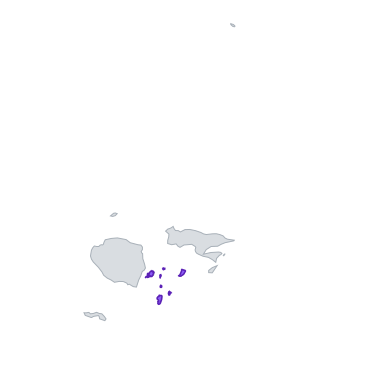 Lomaiviti, Eastern, Fiji shown in context, rotated 34°
{"feature_id": "14151628B20319301670654", "entity_name": "Lomaiviti", "entity_type": "district", "adm_level": 2, "iso_a3": "FJI", "parent_name": "Fiji", "parent_adm1": "Eastern", "projection": "natural_earth1", "projection_center": [179.092, -17.678], "detail": "fine", "context": "in_parent", "style": "filled", "palette": "violet", "viewbox_px": 384, "rotation_deg": 34, "n_neighbors": 0, "source": "geoboundaries", "source_scale": "gbopen_adm2", "svg_char_len": 6734}
<svg xmlns="http://www.w3.org/2000/svg" viewBox="0 0 384 384"><g transform="rotate(34 192 192)"><path d="M183.1,267.5L183.1,269.7L184.3,270.6L185.5,270.7L188.5,274.8L193.1,278.4L195.9,281.1L196.1,283.4L195.2,285.8L196.4,290.2L197.0,294.7L199.1,301.9L196.2,303.3L191.6,303.5L190.6,304.8L189.0,304.0L185.2,304.6L181.6,306.9L178.2,310.2L174.2,310.2L169.8,310.8L165.3,310.4L162.2,308.7L156.6,306.8L149.2,305.2L146.2,303.9L143.6,301.8L141.2,296.5L140.9,293.9L141.2,291.4L143.4,290.5L145.2,289.3L145.5,287.6L146.2,286.5L147.3,286.0L147.8,285.2L147.1,282.6L146.8,280.1L151.1,275.6L155.8,271.8L164.0,268.3L169.1,268.6L176.8,265.9L179.3,264.6L181.7,265.4L183.1,267.5ZM254.0,209.1L247.8,215.5L245.5,218.9L243.6,222.6L238.3,226.5L236.0,231.8L236.2,237.2L241.5,231.6L247.5,227.0L249.3,226.1L251.1,226.1L251.0,227.7L250.1,229.2L249.5,233.3L251.0,237.0L246.6,236.7L242.2,237.0L237.0,239.1L231.9,240.0L230.0,240.1L228.2,239.4L227.0,238.3L226.1,235.8L225.1,235.4L221.1,235.5L215.0,240.4L213.0,244.6L210.7,244.8L207.9,243.9L204.6,247.1L200.6,248.3L198.9,245.6L197.8,242.2L196.4,239.8L192.0,239.2L192.7,236.2L193.8,234.9L194.9,233.1L195.6,231.1L197.6,232.4L199.8,233.2L202.2,231.7L204.7,231.6L207.2,227.1L211.1,224.3L216.5,222.1L222.0,220.6L224.9,220.3L227.6,219.3L232.4,215.2L235.5,213.0L239.0,211.7L242.3,211.0L245.3,211.7L247.8,211.3L254.0,208.3L254.0,209.1ZM191.7,345.3L191.7,347.4L186.4,348.8L184.6,347.1L183.5,346.8L180.3,349.8L179.4,351.1L179.1,352.0L178.3,352.5L172.5,354.0L170.0,352.5L171.7,351.5L173.8,349.5L175.9,349.8L178.1,347.9L180.2,345.1L183.2,344.5L185.4,343.4L188.9,344.2L191.7,345.3ZM254.0,247.7L250.9,249.5L249.7,247.7L251.1,243.4L254.0,239.0L254.0,242.6L254.0,247.7ZM227.1,303.0L226.8,303.4L223.2,299.5L223.3,298.0L223.9,296.6L225.4,295.3L226.7,297.5L227.7,301.2L227.1,303.0ZM205.6,284.8L203.5,285.7L202.3,282.7L204.0,279.8L205.8,279.5L206.7,282.5L205.6,284.8ZM230.2,267.3L228.8,268.6L228.1,261.9L229.5,261.9L230.6,262.6L231.2,264.3L230.2,267.3ZM139.9,256.6L137.8,257.4L138.9,253.5L140.1,252.3L140.9,252.1L142.1,251.8L141.6,254.5L139.9,256.6ZM134.7,31.4L133.1,31.9L130.5,31.5L130.0,30.7L130.8,30.6L132.5,30.0L134.6,30.3L135.0,30.8L134.7,31.4ZM254.0,227.1L253.5,227.2L253.4,226.3L254.0,224.6L254.0,227.1Z" fill="#d9dde1" stroke="#a8b0b8" stroke-width="1"/><path d="M225.3,295.2L224.9,294.9L224.2,295.0L223.5,295.6L223.5,295.8L223.3,295.9L223.2,295.9L222.8,295.9L222.6,295.9L222.6,296.0L222.6,296.3L222.8,296.4L222.9,296.7L222.9,297.1L222.8,297.3L222.5,297.5L222.4,297.8L222.3,298.1L222.3,298.7L222.4,298.9L222.3,299.4L222.4,299.5L222.5,299.7L222.7,299.8L223.0,300.2L224.4,300.3L224.7,300.6L224.8,300.6L225.0,300.8L225.2,301.0L225.4,301.3L225.3,301.7L225.4,302.1L225.2,302.2L225.3,302.3L225.5,302.4L225.7,302.9L225.9,303.2L226.0,303.5L226.8,303.8L227.1,303.8L227.2,303.7L227.3,303.6L227.5,303.4L227.6,303.2L227.8,303.0L227.9,302.6L227.9,302.0L227.9,301.8L227.7,301.7L227.8,301.5L227.8,301.2L227.7,301.0L227.5,300.8L227.5,300.7L227.5,300.2L227.4,300.1L227.2,300.0L227.3,299.8L227.3,299.6L227.2,299.3L227.2,299.1L227.2,298.9L227.1,298.7L226.8,298.1L226.8,297.8L226.5,297.4L226.3,297.2L226.2,296.8L226.1,296.6L226.0,296.4L225.9,296.2L225.7,295.8L225.5,295.5L225.3,295.2ZM230.7,261.1L230.1,260.9L229.8,260.9L229.7,261.1L229.2,261.2L228.8,261.3L228.4,261.4L228.4,261.5L228.0,261.5L227.4,261.9L227.2,261.9L226.9,261.8L226.8,262.1L226.9,262.3L227.5,263.2L227.6,263.4L227.5,263.7L227.7,264.4L227.8,264.6L227.9,265.4L228.0,266.1L228.1,266.3L228.2,266.5L228.2,266.9L228.2,267.0L228.3,267.2L228.2,267.6L228.1,268.1L228.0,268.3L227.8,268.7L227.8,268.9L228.0,268.9L228.3,268.9L228.8,268.7L229.2,268.4L229.7,268.1L230.0,267.7L230.2,267.0L230.4,266.5L230.5,266.1L230.7,265.9L231.0,265.1L231.0,264.8L231.0,264.6L231.0,264.2L231.0,263.9L231.0,263.7L230.9,263.1L230.9,262.2L230.9,261.7L230.8,261.3L230.7,261.1ZM204.3,279.4L204.2,279.5L203.7,279.5L203.1,279.7L203.2,279.9L202.9,279.8L202.9,280.1L202.7,280.1L202.7,280.3L202.7,280.5L202.4,280.6L202.1,280.7L202.0,281.0L201.9,281.5L201.9,281.9L202.0,282.4L202.0,282.7L202.1,283.0L202.3,283.9L202.3,284.0L202.5,284.3L202.5,284.5L202.8,285.0L203.1,285.1L203.2,285.3L203.0,285.5L203.2,285.9L203.3,285.9L203.5,285.7L204.1,285.4L204.2,284.9L204.4,284.8L204.5,284.8L204.6,285.1L204.8,285.3L205.3,285.1L205.6,284.8L205.6,284.5L206.0,284.3L206.0,284.1L206.0,283.9L206.0,283.4L206.1,283.0L206.0,282.9L206.0,282.7L205.9,282.6L205.9,282.4L205.9,282.2L205.8,281.9L205.7,281.6L205.7,281.3L205.6,281.2L205.5,280.9L205.4,280.8L205.4,280.6L205.2,280.5L205.1,280.4L205.1,280.2L205.2,279.9L204.9,279.8L204.8,279.6L204.3,279.4ZM230.5,287.0L230.1,287.0L229.3,287.3L229.2,287.2L228.9,287.1L228.9,287.3L228.7,287.4L228.6,287.6L228.7,288.0L228.9,288.3L229.0,288.4L229.2,288.7L229.2,288.8L229.0,289.1L229.3,289.4L229.6,289.5L229.8,289.9L229.9,290.0L230.0,290.1L230.3,290.3L230.5,290.3L230.8,290.2L231.0,289.8L231.1,289.4L230.9,289.2L230.7,289.0L230.6,288.8L230.5,288.5L230.6,288.3L230.4,288.2L230.5,287.8L231.0,287.4L231.1,287.2L230.7,287.1L230.5,287.0ZM202.9,287.7L203.0,287.6L203.4,287.2L203.4,286.9L203.4,286.7L203.0,286.6L202.9,286.5L202.5,286.2L202.4,285.9L202.3,285.7L202.0,285.6L201.5,284.7L201.2,283.9L200.8,284.3L200.8,284.6L201.1,285.3L201.4,285.6L201.6,285.9L201.6,286.2L201.6,286.3L201.8,286.9L202.0,287.2L202.5,287.5L202.8,287.7L202.9,287.7ZM213.0,278.4L212.9,278.4L212.7,278.2L212.4,278.3L212.2,278.4L212.1,278.2L212.0,278.3L211.9,278.6L211.9,278.8L212.2,279.4L212.3,279.6L212.5,279.8L212.9,280.1L213.2,280.2L213.2,280.3L213.3,280.4L213.3,280.5L213.2,280.6L213.2,280.8L213.4,281.0L213.5,281.0L213.7,280.9L213.6,280.7L213.4,280.4L213.4,280.2L213.3,279.9L213.2,279.8L213.2,279.7L213.3,279.5L213.3,279.4L213.2,279.4L213.3,279.2L213.2,279.1L213.1,278.9L213.1,278.7L213.0,278.4L213.0,278.4ZM219.0,286.7L218.8,286.7L218.7,286.8L218.3,287.0L218.4,287.3L218.4,287.5L218.5,287.5L218.5,287.4L218.7,287.6L218.8,287.7L218.8,287.8L218.7,287.9L218.6,288.3L218.8,288.5L219.0,288.4L219.1,288.5L219.3,288.2L219.1,288.0L219.0,287.9L219.3,287.9L219.3,288.0L219.3,288.3L219.6,288.4L219.9,288.2L220.0,287.9L220.0,287.7L219.7,287.3L219.6,287.0L219.4,286.8L219.2,286.7L219.0,286.7ZM212.3,270.7L212.1,270.5L211.9,270.7L211.8,270.8L211.8,270.7L211.7,270.9L211.0,270.9L211.0,271.3L210.9,271.4L210.7,271.5L210.8,271.6L210.9,271.8L210.8,272.0L211.1,272.1L211.3,272.4L211.6,272.3L211.8,272.3L211.9,272.1L212.0,272.1L212.1,271.8L212.3,271.6L212.4,271.4L212.5,271.2L212.3,271.1L212.2,271.0L212.5,270.9L212.4,270.9L212.3,270.7ZM203.7,286.8L203.8,286.7L203.9,286.3L203.8,286.2L203.5,286.2L203.4,286.4L203.4,286.5L203.5,286.7L203.7,286.8ZM201.4,288.9L201.5,288.8L201.5,288.7L201.4,288.5L201.2,288.6L201.2,288.8L201.3,288.9L201.4,288.9ZM201.6,287.9L201.7,287.7L201.5,287.8L201.6,287.9Z" fill="#8b5cf6" stroke="#5b21b6" stroke-width="1.5"/></g></svg>